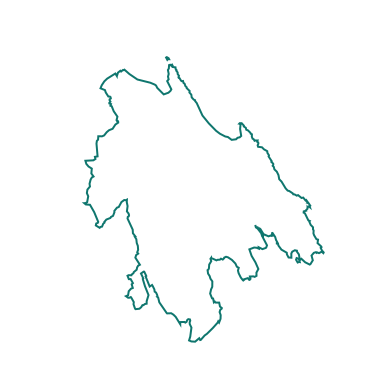 outline of Midleton Lea-7, Cork, Ireland, rotated 247°
{"feature_id": "5873133B11513938910004", "entity_name": "Midleton Lea-7", "entity_type": "district", "adm_level": 2, "iso_a3": "IRL", "parent_name": "Ireland", "parent_adm1": "Cork", "projection": "equal_earth", "projection_center": [-8.098, 51.922], "detail": "fine", "context": "isolated", "style": "outline", "palette": "teal", "viewbox_px": 384, "rotation_deg": 247, "n_neighbors": 0, "source": "geoboundaries", "source_scale": "gbopen_adm2", "svg_char_len": 6025}
<svg xmlns="http://www.w3.org/2000/svg" viewBox="0 0 384 384"><g transform="rotate(247 192 192)"><path d="M113.7,231.4L115.1,231.8L111.9,234.5L111.7,237.7L111.8,238.5L113.6,240.2L122.2,239.5L123.0,239.9L123.6,239.3L127.0,239.6L132.0,238.3L132.5,238.8L132.3,238.3L134.6,237.0L136.9,237.3L134.3,237.2L133.9,238.6L132.4,238.9L132.2,239.9L131.1,240.5L125.6,241.3L126.1,240.9L125.6,240.1L124.3,240.7L124.5,242.1L121.3,245.1L121.2,247.4L120.6,247.8L120.3,249.1L121.9,249.1L122.4,249.7L123.0,248.9L122.8,250.1L118.1,251.0L115.0,250.6L112.1,250.9L111.6,250.6L111.8,249.2L110.8,251.0L109.0,250.6L104.0,251.8L99.1,255.5L97.5,255.0L94.0,255.3L92.7,257.8L96.6,259.4L97.9,261.0L98.2,263.9L97.0,265.6L96.4,265.2L92.8,266.0L87.9,264.9L87.6,264.1L88.9,264.0L90.3,262.5L89.0,261.3L85.8,261.7L85.8,263.2L85.4,263.8L86.9,264.0L87.8,266.6L83.1,268.7L79.2,272.0L79.3,272.8L81.9,276.5L86.8,277.2L87.2,278.3L86.9,278.4L87.4,278.4L88.4,280.4L88.2,282.4L87.3,282.9L87.6,283.5L86.1,285.0L86.4,288.1L84.4,289.0L84.8,289.5L85.6,289.2L85.0,289.7L87.1,288.8L90.3,288.6L90.7,289.7L91.5,289.6L95.9,287.6L98.9,289.4L100.0,288.1L104.4,287.5L106.4,287.6L109.0,288.9L110.4,288.8L112.2,289.6L115.4,288.4L118.9,288.4L119.3,289.1L120.5,288.0L128.3,287.6L129.4,286.7L130.5,287.3L130.2,289.7L130.6,289.7L131.5,291.8L132.9,292.4L132.6,292.5L133.1,293.9L131.8,294.6L133.0,294.7L133.2,295.5L135.9,295.0L137.0,293.9L137.3,294.6L139.3,293.8L139.1,294.2L140.0,294.0L139.8,293.2L143.4,292.2L143.7,290.5L147.7,288.4L147.7,287.0L149.7,285.5L150.3,284.3L151.4,284.2L154.9,281.9L155.9,280.6L158.8,279.6L166.5,278.5L169.7,277.3L173.8,278.2L177.6,278.0L180.6,276.7L183.2,277.1L184.6,276.5L185.4,277.5L186.4,277.8L188.7,276.8L189.2,277.4L194.8,276.4L195.7,277.2L198.5,276.7L200.2,277.2L203.2,274.9L205.8,273.9L207.8,270.5L209.4,270.7L210.6,272.0L211.7,272.3L212.6,271.7L213.8,272.5L214.1,271.3L214.6,271.0L214.7,269.6L216.5,269.4L217.4,268.6L219.6,268.7L221.7,269.7L222.7,268.8L223.7,268.9L227.0,267.5L228.1,266.3L230.1,266.6L232.1,265.3L232.8,265.7L235.9,264.6L236.7,262.8L236.5,262.4L236.0,263.5L234.9,262.9L236.1,262.5L234.9,262.9L231.2,260.9L224.4,259.2L223.7,257.3L224.1,255.1L223.3,253.2L224.5,248.9L228.6,246.5L230.1,244.3L234.7,240.5L238.9,238.1L248.6,234.3L258.3,231.5L272.1,231.1L274.4,230.4L275.3,230.7L276.3,229.7L279.2,228.7L281.9,229.4L284.6,228.5L285.9,229.3L289.7,227.7L290.4,228.0L292.2,227.3L294.6,227.5L295.7,226.8L297.7,227.1L298.0,225.9L298.8,225.4L301.8,225.0L302.2,224.4L303.0,224.4L304.0,225.4L306.3,224.9L307.7,225.5L309.8,224.9L310.2,225.4L311.7,225.0L313.2,225.5L314.7,222.9L315.6,222.7L315.9,223.5L316.8,223.4L316.5,222.9L317.0,222.5L316.6,222.1L317.7,221.4L317.8,220.5L314.7,218.9L313.7,217.5L309.8,216.7L307.6,215.0L304.8,214.5L303.8,212.5L294.6,213.1L293.5,211.7L292.6,209.1L292.9,204.1L301.4,200.7L304.1,200.5L305.4,199.7L308.9,196.3L316.9,185.7L325.0,180.5L331.0,177.6L330.8,176.8L331.3,176.2L330.6,173.8L331.6,173.4L330.8,170.5L329.4,169.3L329.8,169.2L329.5,168.6L328.4,168.1L331.0,167.7L329.5,158.2L328.1,154.5L325.5,150.6L323.2,148.3L319.8,151.7L317.3,151.5L312.6,152.3L311.9,153.7L311.1,154.1L309.8,153.8L309.5,152.4L308.9,152.0L307.0,152.2L306.5,150.8L305.8,150.5L304.6,151.8L303.3,150.6L302.3,151.6L296.9,151.5L290.5,152.8L287.6,150.6L286.3,150.8L286.4,151.4L285.9,151.6L284.7,151.2L284.0,147.8L281.2,143.6L281.3,139.8L280.4,136.9L278.4,133.2L278.4,131.0L279.9,127.5L276.9,126.0L276.2,124.4L273.9,123.0L261.7,119.0L262.3,116.4L260.1,116.0L259.7,113.6L262.4,106.1L259.2,105.7L255.9,106.7L252.7,108.9L248.4,106.6L244.7,107.4L244.5,105.5L243.1,103.6L239.6,100.9L236.9,100.2L235.1,96.7L232.1,94.8L228.6,94.8L223.6,91.5L223.4,89.7L223.8,88.5L222.0,89.4L220.1,93.1L211.7,94.1L201.1,94.0L200.4,93.2L200.4,91.5L198.8,90.4L195.1,93.0L195.6,94.0L195.3,95.7L197.5,97.9L198.0,99.5L198.7,99.6L200.1,102.4L200.0,106.7L200.7,107.7L200.9,110.0L203.7,112.7L204.9,113.1L206.9,116.8L206.8,118.7L210.3,123.1L211.1,126.5L210.3,127.8L210.4,129.1L208.2,128.0L204.2,127.2L199.6,124.5L197.0,125.2L195.3,125.0L194.3,124.2L194.2,123.2L192.8,122.3L180.5,122.7L177.1,121.5L173.2,122.5L173.2,121.9L170.3,122.3L166.6,121.2L163.6,121.1L159.8,119.8L157.9,118.0L156.3,118.4L155.8,116.0L153.7,114.2L145.4,115.6L145.2,113.6L144.0,112.0L142.1,110.7L141.0,107.1L140.1,106.3L139.6,104.2L139.0,103.7L140.2,101.1L140.1,99.9L136.5,99.8L135.8,101.5L131.2,102.0L130.6,100.4L126.8,100.0L126.8,98.0L125.4,95.0L121.9,92.8L121.9,90.5L119.6,91.9L119.1,93.3L119.2,94.6L118.8,94.8L113.4,95.4L111.5,94.3L106.9,94.0L106.2,94.3L105.1,98.0L105.8,100.2L107.2,102.2L106.8,103.0L107.3,104.9L106.9,106.6L109.2,107.6L114.1,111.7L123.8,111.9L131.2,112.7L131.5,113.4L136.9,113.2L137.6,116.4L137.3,116.9L132.6,117.1L132.4,116.3L121.5,116.1L122.0,118.9L120.7,119.1L117.0,119.3L114.9,118.7L113.5,119.6L111.1,119.7L109.0,119.4L109.0,119.1L108.0,119.6L103.2,118.8L90.5,121.4L90.0,121.6L88.5,125.5L86.3,127.0L83.4,128.2L74.9,129.5L76.9,130.3L75.3,134.3L74.4,134.8L74.6,136.2L76.1,137.7L76.4,138.9L75.5,140.3L74.2,140.1L73.1,139.0L71.3,138.3L67.4,138.5L59.6,133.9L56.5,131.3L54.7,133.0L53.0,136.4L54.6,141.5L52.5,141.7L52.4,142.2L55.0,147.6L55.6,150.3L58.6,157.9L61.7,164.5L62.7,165.6L61.2,165.9L64.1,168.7L67.5,170.3L70.7,170.5L72.5,172.0L73.0,173.7L73.5,174.1L75.6,173.0L79.6,173.8L81.1,170.3L82.0,170.2L82.0,169.6L82.6,169.6L82.3,169.1L85.7,169.8L86.3,168.9L91.4,169.0L94.9,171.5L96.8,173.6L101.8,175.8L105.0,175.1L107.7,175.4L110.6,174.9L114.0,175.8L114.2,176.8L115.2,177.8L118.5,179.5L120.8,182.7L123.3,182.9L123.9,183.9L123.3,183.7L122.8,184.8L119.5,187.8L119.6,189.0L118.8,191.2L119.3,192.6L117.8,193.9L118.5,195.7L119.0,196.0L119.1,198.0L117.8,199.6L113.9,202.2L109.2,204.0L105.7,204.1L104.0,205.4L101.7,203.6L99.0,203.2L94.2,203.5L90.9,204.4L90.5,204.6L90.8,205.7L91.3,205.7L90.9,209.8L89.0,210.2L88.6,210.7L89.2,211.9L91.6,212.3L90.3,215.6L89.4,216.5L89.6,218.6L92.6,219.8L95.2,223.0L102.5,222.9L109.9,221.9L116.8,222.4L116.6,227.5L115.5,229.6L113.7,231.4ZM325.9,220.7L323.3,220.9L323.7,221.7L323.2,222.8L324.4,222.7L326.0,221.4L325.9,220.7Z" fill="none" stroke="#0f766e" stroke-width="2"/></g></svg>